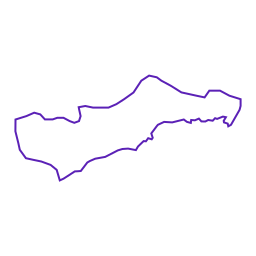 Hwadae, Hamgyŏng-bukto, North Korea
{"feature_id": "82179303B21594878793257", "entity_name": "Hwadae", "entity_type": "district", "adm_level": 2, "iso_a3": "PRK", "parent_name": "North Korea", "parent_adm1": "Hamgyŏng-bukto", "projection": "equal_earth", "projection_center": [129.512, 40.825], "detail": "fine", "context": "isolated", "style": "outline", "palette": "violet", "viewbox_px": 256, "rotation_deg": 0, "n_neighbors": 0, "source": "geoboundaries", "source_scale": "gbopen_adm2", "svg_char_len": 1148}
<svg xmlns="http://www.w3.org/2000/svg" viewBox="0 0 256 256"><path d="M78.7,107.2L79.1,109.3L80.6,116.1L79.0,121.1L74.3,122.8L69.7,121.1L63.5,117.8L57.3,117.8L52.7,119.4L44.9,119.4L40.3,114.4L34.2,112.7L26.4,116.1L15.5,119.5L15.4,131.3L18.3,143.0L19.8,149.8L25.9,158.2L33.6,159.9L41.3,161.5L50.6,164.9L56.7,169.9L59.8,180.4L63.5,178.7L74.8,171.4L78.5,171.2L80.8,171.0L87.3,162.5L89.9,161.0L95.2,158.7L105.2,156.9L117.8,150.4L122.4,149.0L128.1,148.6L135.9,150.1L138.0,146.5L143.6,141.1L145.9,141.3L148.2,138.2L151.7,139.3L152.7,137.8L151.3,133.4L156.8,126.1L157.9,124.8L164.1,121.9L172.2,122.4L183.8,119.5L186.4,121.5L187.0,121.9L190.8,122.9L191.2,120.0L194.9,120.3L198.9,118.6L201.4,121.4L205.3,121.5L208.2,120.0L212.7,120.7L215.1,118.2L217.1,118.9L222.9,116.6L225.9,117.2L223.7,120.8L224.0,122.4L227.7,123.6L228.3,126.3L231.0,124.8L239.3,110.3L239.6,109.7L240.6,105.9L240.6,99.2L229.4,95.7L220.1,90.7L209.3,90.7L204.6,97.4L196.9,95.8L181.4,92.4L170.7,85.7L161.4,80.7L156.8,77.3L149.1,75.6L141.3,80.7L133.5,92.5L124.1,99.2L116.3,104.2L108.5,107.6L100.8,107.6L93.0,107.6L85.3,106.0L78.7,107.2Z" fill="none" stroke="#5b21b6" stroke-width="2"/></svg>